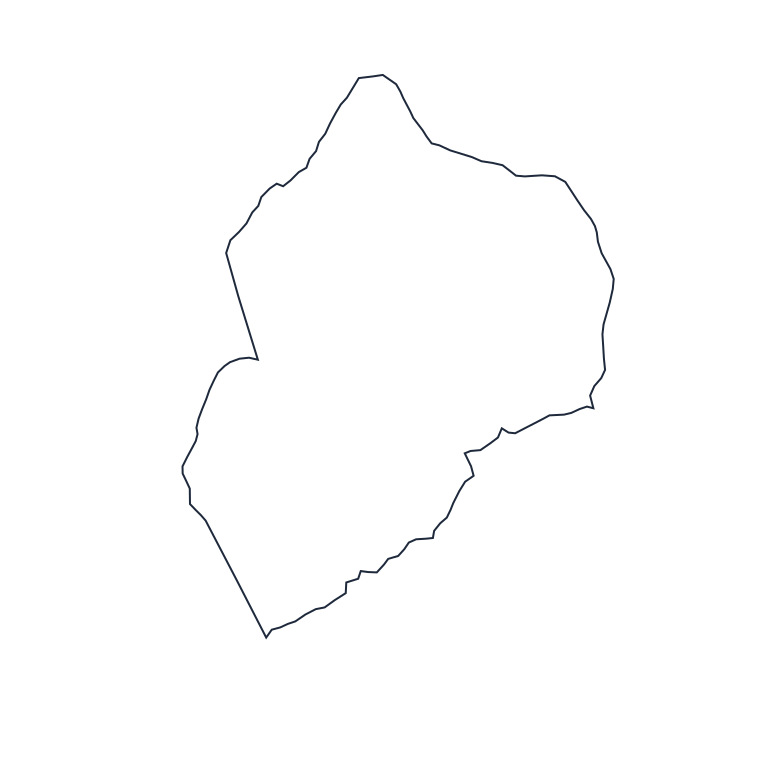 outline of Zacarias, São Paulo, Brazil, rotated 205°
{"feature_id": "56859067B49818137727493", "entity_name": "Zacarias", "entity_type": "district", "adm_level": 2, "iso_a3": "BRA", "parent_name": "Brazil", "parent_adm1": "São Paulo", "projection": "robinson", "projection_center": [-50.053, -21.112], "detail": "fine", "context": "isolated", "style": "outline", "palette": "slate", "viewbox_px": 768, "rotation_deg": 205, "n_neighbors": 0, "source": "geoboundaries", "source_scale": "gbopen_adm2", "svg_char_len": 1834}
<svg xmlns="http://www.w3.org/2000/svg" viewBox="0 0 768 768"><g transform="rotate(205 384 384)"><path d="M523.7,658.3L536.1,650.6L538.6,627.8L541.3,619.1L542.3,609.2L543.0,597.3L543.0,585.9L545.3,576.0L544.0,566.4L546.6,556.6L545.7,547.2L550.8,540.0L554.8,528.9L559.0,520.6L565.9,520.2L570.2,512.9L574.2,501.6L573.2,492.3L575.9,483.8L576.5,471.4L579.7,460.4L584.0,449.4L582.4,436.0L553.1,401.9L508.6,352.7L517.4,350.8L525.6,345.9L532.8,338.7L536.1,332.9L539.4,324.3L539.7,315.2L539.7,305.0L538.7,295.1L538.2,284.5L537.4,274.3L535.5,265.1L531.8,259.8L530.5,252.7L530.9,245.0L531.5,234.8L531.8,224.2L528.6,217.7L522.6,212.8L515.8,207.1L509.1,193.2L501.1,190.1L494.4,187.7L487.9,184.8L434.1,143.6L383.6,104.4L381.9,113.9L375.2,119.5L369.7,126.0L364.1,131.3L357.8,141.9L350.7,151.1L343.4,156.4L337.3,167.3L330.3,178.3L334.3,188.2L325.1,196.6L326.0,204.6L319.1,206.8L310.9,210.2L307.7,220.4L306.3,227.3L298.5,234.1L295.8,242.8L294.5,250.8L289.3,256.8L280.3,261.7L274.6,265.1L276.5,272.1L274.2,281.5L270.6,289.5L270.5,298.2L270.9,305.3L270.5,318.6L269.2,329.7L264.0,338.7L270.3,346.2L281.5,355.3L277.2,359.9L268.7,364.8L262.5,375.4L258.1,383.7L258.5,393.6L250.6,392.6L244.3,394.8L224.7,420.2L220.8,425.5L207.9,432.3L202.1,436.9L196.1,444.0L190.5,449.3L184.0,450.5L192.3,460.6L192.5,471.0L189.6,481.2L189.6,490.2L195.5,500.1L201.0,510.3L207.0,521.3L210.2,530.8L211.8,540.7L213.8,553.1L216.8,566.8L220.2,576.3L227.3,583.8L242.0,594.5L250.2,603.3L255.2,611.3L259.5,616.2L266.1,621.0L276.2,626.1L286.1,632.0L305.1,643.8L316.9,644.5L329.0,639.9L337.1,635.5L344.0,631.7L352.4,628.6L360.5,630.5L369.0,632.4L379.2,630.2L389.8,627.1L400.2,626.8L422.8,623.7L434.7,623.7L442.5,622.2L450.2,626.4L456.0,630.2L469.8,637.4L475.6,642.3L487.5,651.3L492.7,655.9L499.6,660.8L515.7,663.6L523.7,658.3Z" fill="none" stroke="#1e293b" stroke-width="2"/></g></svg>